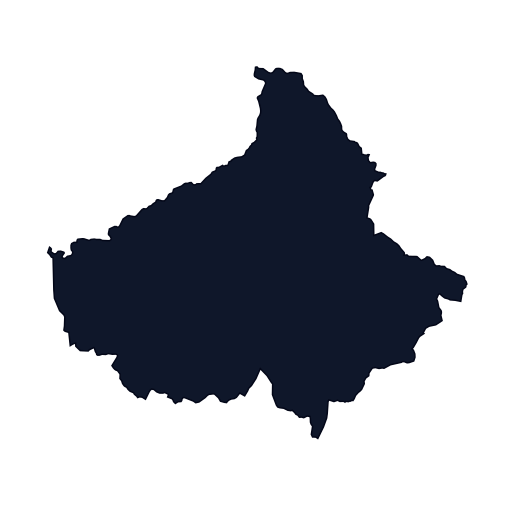 the district of Dak Song, Đắk Nông, Vietnam, rotated 84°
{"feature_id": "81297802B66581332316021", "entity_name": "Dak Song", "entity_type": "district", "adm_level": 2, "iso_a3": "VNM", "parent_name": "Vietnam", "parent_adm1": "Đắk Nông", "projection": "orthographic", "projection_center": [107.617, 12.233], "detail": "fine", "context": "isolated", "style": "filled", "palette": "ink", "viewbox_px": 512, "rotation_deg": 84, "n_neighbors": 0, "source": "geoboundaries", "source_scale": "gbopen_adm2", "svg_char_len": 6072}
<svg xmlns="http://www.w3.org/2000/svg" viewBox="0 0 512 512"><g transform="rotate(84 256 256)"><path d="M441.9,218.7L442.3,215.5L443.9,213.6L433.0,206.8L424.6,202.7L420.0,201.6L408.4,199.6L406.7,198.6L408.9,193.7L408.0,190.0L409.4,187.7L409.6,184.2L410.6,182.8L409.9,182.4L410.5,179.1L410.1,178.3L410.2,176.9L409.5,176.1L409.9,174.7L408.2,173.3L405.1,171.6L402.1,168.3L401.6,167.2L399.8,165.0L394.4,161.7L391.8,161.7L388.8,159.6L386.9,156.4L384.2,155.9L379.8,152.2L379.6,151.7L379.4,149.0L380.7,145.4L380.5,142.2L381.0,140.4L378.2,133.6L376.9,122.4L376.4,121.6L376.5,119.7L378.0,116.9L378.0,114.9L376.9,110.1L373.3,108.5L370.0,108.3L366.2,109.3L364.6,110.6L363.4,109.2L358.8,105.8L354.2,102.8L352.9,101.4L350.7,97.2L350.1,97.9L345.6,94.9L343.9,91.2L343.2,84.4L339.7,77.7L334.4,78.4L332.0,77.6L330.5,77.5L329.6,77.7L326.4,79.6L320.3,80.1L318.9,80.4L317.8,81.1L313.5,78.7L312.9,78.0L313.2,76.6L314.6,75.7L317.4,72.7L318.8,69.1L319.9,67.5L320.8,62.6L322.5,57.1L315.9,55.3L314.9,54.5L313.1,54.5L311.1,53.9L310.5,53.5L308.9,50.8L307.9,50.4L306.9,50.3L306.0,49.2L303.2,49.8L301.8,50.8L299.4,51.0L298.2,51.5L295.2,58.2L293.2,60.1L291.6,62.8L289.8,64.7L288.5,67.9L286.1,69.7L285.7,73.1L284.9,74.7L284.8,77.8L283.0,79.6L278.7,80.8L275.5,83.5L274.8,85.5L274.8,86.3L276.2,87.9L277.6,91.7L277.2,92.6L273.5,95.9L273.3,96.5L272.4,103.9L272.1,104.5L270.7,105.7L270.7,108.7L268.9,108.2L268.1,108.3L263.6,111.4L260.7,112.9L258.6,114.7L256.3,117.8L253.3,120.3L251.0,123.2L247.4,126.9L245.9,129.0L247.9,136.7L236.5,135.7L231.9,138.0L231.0,138.9L229.7,141.7L219.3,138.9L217.6,138.8L208.0,133.1L207.3,132.9L202.6,133.7L202.5,134.7L199.7,135.4L199.3,134.2L195.0,132.1L193.6,130.8L193.3,130.0L194.0,127.5L190.1,120.9L189.6,119.3L188.8,118.6L187.9,118.4L187.9,119.3L186.7,121.0L186.5,122.3L185.8,123.5L185.6,125.4L183.6,128.9L181.9,129.0L178.5,127.3L176.7,127.1L175.5,128.0L175.0,129.6L175.2,132.7L172.6,134.4L171.3,134.2L170.2,134.6L167.1,132.9L166.8,134.0L167.3,135.2L167.2,136.0L166.9,137.7L166.3,138.6L166.1,139.8L165.7,140.1L159.8,140.1L158.0,142.0L154.5,143.3L153.8,144.1L153.3,145.6L152.5,146.2L151.4,150.6L149.6,152.5L146.8,153.4L144.4,153.3L143.8,153.5L141.9,156.0L140.1,157.4L138.8,157.6L135.9,157.4L133.5,158.0L130.9,158.9L128.2,160.5L124.9,161.4L120.9,163.0L118.7,164.4L117.0,166.0L113.1,168.3L111.4,168.9L107.6,169.7L105.0,170.9L103.1,172.7L103.3,177.1L102.9,179.7L102.2,182.0L100.9,182.6L97.7,186.6L95.5,187.7L92.7,190.0L91.0,190.8L87.5,190.7L84.5,191.5L81.4,191.2L79.3,192.2L77.4,198.8L77.1,202.9L77.7,205.1L77.6,206.4L76.6,207.9L73.3,210.3L72.1,212.5L71.8,214.1L71.7,215.7L72.0,216.9L75.0,219.8L75.6,221.0L75.7,222.5L74.8,224.6L70.5,229.3L70.0,233.0L69.5,234.2L68.1,235.2L68.1,236.4L68.2,236.8L71.0,237.3L74.4,238.5L76.0,238.8L77.3,238.5L80.1,234.8L81.6,230.3L82.2,229.5L83.8,228.5L85.4,228.3L93.1,232.6L95.4,233.3L96.2,233.9L97.8,237.4L98.6,238.0L99.2,238.1L102.3,237.1L109.6,236.1L112.2,236.1L114.3,236.5L116.5,237.5L119.1,239.5L120.5,240.2L127.0,241.5L130.1,242.6L131.5,242.5L133.2,241.8L137.4,242.3L138.8,243.2L140.4,242.8L142.9,245.9L143.8,248.2L145.2,248.8L146.5,250.5L147.6,251.1L149.1,252.6L150.1,254.5L154.4,256.7L155.9,259.8L156.0,264.4L156.4,267.0L158.2,270.4L158.5,270.4L159.2,271.5L159.5,272.9L162.4,274.2L163.0,274.9L162.8,276.6L163.4,278.4L163.3,279.0L162.4,279.7L164.0,283.5L163.9,285.6L164.5,286.2L166.4,286.7L167.1,287.3L168.1,290.7L170.0,292.2L173.5,297.7L178.4,303.3L178.0,307.3L178.8,308.5L178.8,310.1L178.5,311.0L176.2,312.7L176.1,314.0L176.6,316.2L176.4,318.6L176.7,319.7L178.7,322.8L180.8,330.5L181.1,331.0L184.1,332.1L184.6,332.8L185.2,335.5L186.1,336.6L188.5,337.9L191.6,341.2L191.3,344.0L189.8,347.4L189.8,348.6L190.3,349.3L192.0,350.1L193.3,352.8L195.0,354.9L195.4,357.1L197.5,359.5L197.7,360.6L197.2,362.9L197.9,364.5L203.8,370.9L204.2,372.8L203.1,376.8L202.6,377.7L202.5,379.2L205.3,384.3L211.7,388.3L212.9,389.7L213.0,390.5L212.1,391.9L211.9,393.5L213.8,399.0L218.2,400.4L219.4,400.4L221.0,399.1L222.9,398.3L223.9,398.2L224.8,398.8L225.5,400.1L224.5,407.1L223.3,409.3L222.9,413.0L222.3,415.1L222.3,418.5L222.9,419.5L223.0,420.6L221.0,425.2L220.7,426.6L220.7,431.4L221.5,432.2L223.7,432.8L223.4,435.6L224.4,438.0L226.0,438.8L228.7,439.1L230.7,439.0L232.3,438.0L233.0,437.9L233.8,438.0L235.4,438.8L236.3,440.1L236.6,443.6L238.5,446.1L237.9,448.4L237.0,449.0L236.0,448.8L234.8,448.0L233.1,446.5L232.5,446.5L232.1,446.8L230.8,449.8L230.7,452.3L232.7,454.4L232.9,456.0L232.6,456.8L230.7,459.1L229.7,459.4L227.7,458.8L226.5,459.5L225.7,460.4L230.9,462.8L233.0,461.0L235.7,459.6L236.6,458.0L268.7,460.6L277.0,460.9L289.9,457.0L294.5,453.2L296.5,452.5L305.7,453.8L309.7,454.8L310.9,453.7L312.4,450.1L325.7,450.1L324.6,447.9L323.9,445.8L323.8,444.5L327.0,444.6L331.7,440.7L332.9,432.8L331.8,431.5L330.1,426.8L331.1,426.3L334.3,425.7L336.1,424.8L337.4,424.7L338.1,423.8L338.2,421.9L337.6,419.4L338.2,415.8L337.6,413.1L338.7,409.0L338.9,405.6L339.7,404.3L340.8,404.1L342.3,404.8L350.0,410.7L352.3,409.5L353.9,408.3L354.9,407.1L355.5,405.7L358.9,403.7L359.7,403.5L363.7,404.1L366.0,402.6L368.9,402.0L371.2,400.7L372.0,399.9L373.0,398.3L375.2,397.2L377.3,395.4L379.2,392.0L380.7,391.4L383.0,389.2L384.4,388.5L383.9,386.5L384.5,383.9L386.9,380.9L379.9,376.5L378.4,375.3L377.4,373.8L378.1,371.4L380.7,369.0L382.2,366.2L382.6,362.9L382.2,361.0L384.2,357.8L385.2,357.7L387.0,358.6L389.2,354.3L391.2,353.3L392.2,353.2L394.2,351.6L392.8,348.9L392.9,345.8L392.0,345.0L390.3,344.5L389.2,343.2L389.4,341.7L393.8,333.3L395.6,331.3L395.2,327.9L391.5,321.4L389.6,319.1L388.7,317.4L388.6,313.0L389.0,311.6L393.2,308.0L396.7,306.5L398.2,302.7L398.7,300.6L397.5,299.6L396.3,297.7L395.6,295.5L395.5,292.5L394.5,290.3L390.6,286.5L393.9,281.9L389.2,278.4L386.8,277.1L384.4,274.1L377.9,268.9L368.4,263.5L376.1,257.5L383.3,253.9L385.0,252.8L395.6,254.1L406.4,251.3L408.1,250.4L408.6,250.0L409.4,248.1L410.3,244.3L412.7,240.5L413.5,237.5L413.2,236.1L415.7,233.9L417.5,232.9L418.7,231.0L420.9,229.7L420.9,227.7L421.8,225.4L420.5,222.0L421.2,219.1L423.4,218.9L426.9,219.2L429.1,218.7L431.2,217.5L439.2,219.6L441.9,218.7Z" fill="#0f172a" stroke="#020617" stroke-width="1.5"/></g></svg>